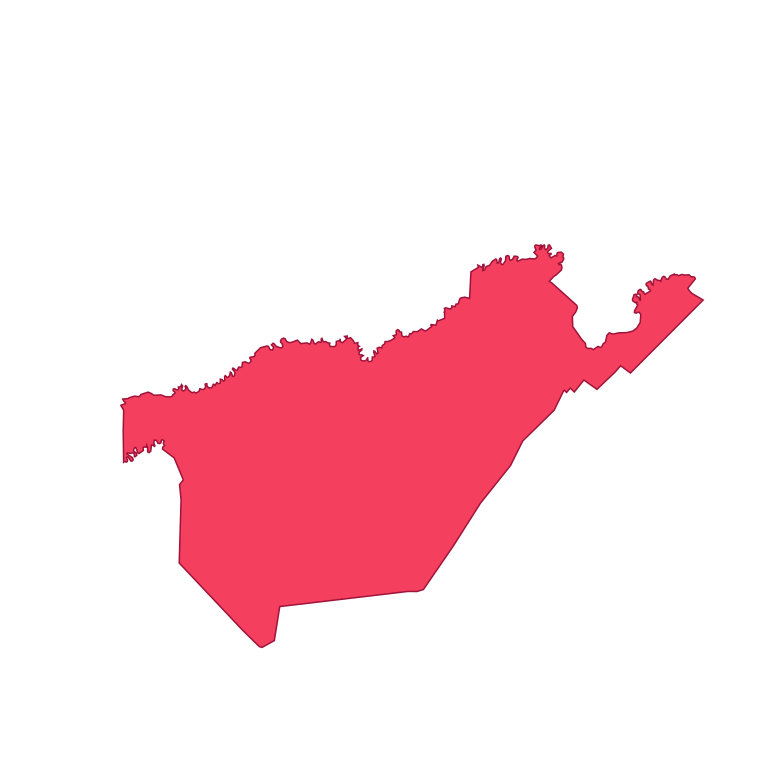 outline of Nitchidorf, Timis, Romania, rotated 130°
{"feature_id": "2599482B42012307395467", "entity_name": "Nitchidorf", "entity_type": "district", "adm_level": 2, "iso_a3": "ROU", "parent_name": "Romania", "parent_adm1": "Timis", "projection": "robinson", "projection_center": [21.512, 45.567], "detail": "fine", "context": "isolated", "style": "filled", "palette": "rose", "viewbox_px": 768, "rotation_deg": 130, "n_neighbors": 0, "source": "geoboundaries", "source_scale": "gbopen_adm2", "svg_char_len": 6171}
<svg xmlns="http://www.w3.org/2000/svg" viewBox="0 0 768 768"><g transform="rotate(130 384 384)"><path d="M563.5,574.5L564.4,572.3L564.5,569.9L565.4,569.6L569.5,571.9L571.5,566.5L587.5,553.7L611.3,533.2L610.0,532.9L609.6,531.3L608.4,530.8L607.1,531.5L606.1,533.8L604.8,533.9L604.4,533.2L605.7,528.3L604.8,527.3L603.3,527.4L602.1,529.2L602.8,536.3L601.7,536.4L600.0,533.5L597.8,531.6L597.9,530.6L600.0,528.6L599.9,528.0L597.6,527.5L596.1,529.1L596.2,532.7L595.3,533.6L592.9,534.1L592.2,533.4L595.0,528.3L594.8,527.0L589.6,525.6L587.7,527.6L586.7,527.5L585.2,525.5L583.4,526.4L584.8,524.0L587.7,521.7L588.0,520.7L587.6,519.9L585.4,519.5L580.1,522.9L579.4,522.2L579.4,519.8L578.6,519.7L577.0,522.6L574.6,523.9L573.4,522.0L574.7,519.1L573.8,517.5L572.3,517.1L570.2,518.4L569.1,518.1L569.1,515.7L571.4,514.9L572.1,512.7L574.7,512.8L576.2,511.8L575.5,497.2L586.1,476.8L586.6,476.1L592.4,476.0L603.3,464.9L652.8,425.8L663.6,333.3L665.3,310.7L664.2,308.1L651.0,303.1L621.5,320.8L527.6,232.4L521.7,225.3L516.1,221.7L463.4,226.8L413.3,233.5L365.0,234.7L338.4,241.1L294.7,236.8L273.7,242.0L272.9,241.8L273.1,238.7L267.4,238.7L267.8,233.1L252.5,233.4L251.2,217.4L225.9,214.6L217.9,214.5L217.2,202.3L114.5,193.5L116.6,206.0L116.5,208.9L115.5,212.8L103.3,213.1L102.7,214.3L102.7,215.4L104.4,217.7L104.3,220.6L107.3,223.7L108.7,226.4L111.5,227.8L112.1,230.0L114.3,232.4L113.7,232.5L117.0,234.2L121.2,233.7L122.2,235.1L121.3,237.8L121.9,239.1L124.0,239.4L127.5,238.0L127.3,239.1L128.7,241.1L129.0,243.5L129.7,244.4L131.4,244.2L135.3,241.5L135.6,242.7L134.0,245.3L134.0,246.2L137.1,247.4L138.5,247.7L139.6,247.0L140.1,243.6L141.3,242.5L140.7,240.5L141.6,239.7L147.5,241.8L147.5,242.9L146.6,244.0L147.2,246.4L146.5,247.9L147.0,248.7L149.3,249.2L150.8,248.5L151.6,247.6L151.1,244.9L155.0,241.5L155.3,242.3L153.8,244.9L154.8,246.8L153.0,247.7L153.3,248.9L154.9,249.8L159.6,248.0L160.4,246.9L160.2,243.6L158.8,242.7L160.3,241.7L160.4,240.4L166.9,239.1L168.3,238.1L167.7,236.5L165.9,235.6L165.0,234.3L165.8,231.9L172.2,227.3L178.5,226.3L183.7,227.5L188.6,231.1L193.8,236.9L198.6,240.7L200.0,244.4L203.5,244.5L209.8,241.2L211.9,242.0L215.8,241.1L217.0,241.9L217.6,244.2L223.1,245.7L223.6,248.4L225.4,250.2L226.2,252.7L223.4,255.9L222.7,261.3L218.7,276.3L211.2,283.1L205.8,283.4L201.5,284.7L199.9,286.8L198.7,320.2L199.1,323.4L192.0,323.0L190.0,322.2L182.5,321.4L180.2,322.7L178.9,324.5L178.7,325.4L180.1,326.7L179.5,327.9L176.4,326.0L172.9,326.6L171.9,327.3L171.8,328.6L169.1,330.0L169.1,333.1L171.5,335.4L172.5,335.5L174.9,334.0L175.6,335.5L180.0,337.2L179.7,339.9L177.2,339.4L176.6,340.0L178.5,342.0L178.2,343.2L176.4,343.6L172.4,342.9L171.1,346.6L172.1,347.4L174.9,345.9L177.1,346.3L177.0,348.2L174.7,349.8L174.6,350.7L176.2,351.1L179.9,350.4L180.8,350.9L180.9,351.5L180.2,352.0L176.5,352.4L176.6,353.2L178.2,354.0L179.8,356.9L180.7,357.4L182.0,356.8L183.8,353.5L186.8,353.8L187.3,348.6L189.9,348.4L191.4,349.0L194.0,352.9L197.4,355.4L199.5,358.4L204.1,360.5L203.5,362.0L200.7,362.7L200.7,364.0L202.4,366.5L205.8,365.7L208.0,366.5L207.9,367.8L205.7,370.4L206.3,372.1L208.0,372.7L211.1,370.3L216.1,369.7L216.8,370.9L216.3,372.2L215.6,373.1L212.8,374.4L212.5,375.7L213.4,376.0L217.6,374.1L218.6,375.1L216.3,377.5L216.3,378.7L220.3,379.9L225.0,379.4L228.4,381.2L232.1,380.2L233.6,381.3L228.9,383.3L228.2,384.5L229.1,385.0L231.6,383.3L232.6,388.5L234.1,386.7L242.2,389.5L263.4,373.5L265.6,378.0L268.7,380.5L270.4,380.6L274.8,378.6L276.6,380.2L278.9,379.2L280.7,382.3L282.1,381.1L284.0,381.5L285.8,385.5L287.2,386.4L288.3,384.7L290.4,384.0L290.2,383.6L294.7,379.8L300.9,383.1L300.8,384.1L305.5,382.0L308.1,386.1L308.8,386.0L308.8,384.8L309.5,384.5L316.3,386.0L317.2,387.1L317.7,390.7L322.5,392.1L325.0,395.3L327.7,395.1L328.9,396.7L331.7,395.6L332.8,396.0L332.9,397.5L335.0,399.0L335.6,401.3L333.0,403.9L333.8,405.2L333.2,407.3L333.6,408.5L335.7,408.8L338.1,406.2L341.1,408.0L341.3,405.8L342.3,405.5L346.3,406.8L349.3,408.7L350.8,410.5L352.6,409.3L355.6,410.0L357.9,408.9L358.9,411.3L361.0,412.3L364.2,408.3L365.5,408.9L364.8,412.4L365.2,413.0L366.7,411.8L368.5,408.8L369.6,408.8L370.8,410.3L373.2,408.5L375.0,408.4L376.6,410.1L376.6,411.3L374.0,413.6L376.5,412.9L378.6,413.5L380.2,415.5L380.5,417.0L378.8,419.0L375.5,418.1L375.9,419.8L377.2,421.3L377.0,422.7L375.4,423.4L372.2,422.9L371.3,423.5L374.7,425.2L372.8,427.5L371.0,427.1L371.2,429.1L369.1,430.6L371.7,432.6L370.5,435.4L370.0,439.5L371.8,440.3L372.4,441.4L370.9,443.1L372.9,444.8L373.3,442.3L374.2,441.6L379.0,442.4L379.7,444.8L377.6,446.5L379.4,446.0L382.0,447.9L385.1,445.6L387.2,445.9L389.7,449.3L389.5,450.6L387.5,451.8L388.6,453.6L389.0,456.1L390.5,457.0L390.4,458.3L388.9,460.9L390.1,461.0L391.6,459.4L392.8,459.1L393.7,461.3L397.6,462.3L397.8,463.5L396.0,466.9L396.3,468.1L399.1,466.7L401.4,466.6L401.9,469.3L406.5,473.7L406.1,478.6L411.6,481.6L413.3,483.3L414.0,486.0L412.9,488.9L413.4,490.4L415.4,491.4L417.7,490.9L418.5,489.8L418.6,488.0L420.2,485.8L421.7,485.5L422.9,486.6L424.4,490.9L423.8,494.2L424.1,495.2L426.4,495.4L426.9,492.0L429.7,491.3L430.9,493.4L429.5,496.6L430.2,498.2L435.6,501.9L443.5,502.7L444.7,501.4L446.2,501.0L449.8,503.9L450.4,503.5L451.3,501.0L453.9,500.3L455.3,501.3L456.2,504.6L458.4,506.3L462.1,503.9L463.1,504.1L464.4,506.2L467.9,505.3L468.7,506.6L468.6,509.4L469.3,510.1L470.0,509.6L470.9,505.6L473.9,503.9L475.1,504.3L475.4,505.1L473.5,508.1L473.7,509.4L476.1,507.9L478.6,507.7L479.7,508.4L479.6,511.0L480.7,510.9L483.6,508.3L485.1,508.9L484.7,510.8L485.5,512.5L488.4,510.1L490.2,510.9L490.3,513.0L493.7,512.5L493.5,514.0L494.0,514.6L497.6,513.5L499.8,516.0L498.8,518.9L497.7,519.8L498.0,520.5L499.1,520.9L501.2,518.6L503.4,518.4L504.8,519.3L506.0,522.0L508.6,521.0L511.7,522.2L512.1,524.1L514.2,525.6L514.2,530.1L512.7,533.4L512.8,534.9L513.8,534.8L514.7,532.9L516.4,532.6L518.4,533.2L518.6,534.5L517.4,536.0L514.9,536.9L514.6,538.8L516.9,537.9L518.5,539.6L519.5,538.1L520.8,538.1L521.4,538.6L522.2,541.2L523.2,542.2L524.7,541.2L524.7,538.8L525.3,538.2L528.2,538.9L529.4,538.4L530.9,539.1L534.1,543.1L535.7,547.8L540.6,553.1L540.8,556.0L541.8,559.4L548.2,563.5L550.1,563.3L551.6,564.0L553.5,567.2L558.0,570.2L560.1,571.0L563.5,574.5Z" fill="#f43f5e" stroke="#9f1239" stroke-width="1.5"/></g></svg>